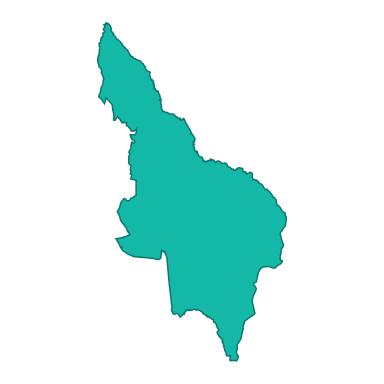 Fonseca, La Guajira, Colombia
{"feature_id": "7082276B74477010851757", "entity_name": "Fonseca", "entity_type": "district", "adm_level": 2, "iso_a3": "COL", "parent_name": "Colombia", "parent_adm1": "La Guajira", "projection": "natural_earth1", "projection_center": [-72.81, 10.843], "detail": "fine", "context": "isolated", "style": "filled", "palette": "teal", "viewbox_px": 384, "rotation_deg": 0, "n_neighbors": 0, "source": "geoboundaries", "source_scale": "gbopen_adm2", "svg_char_len": 5997}
<svg xmlns="http://www.w3.org/2000/svg" viewBox="0 0 384 384"><path d="M105.8,23.1L105.8,23.7L105.3,23.9L105.4,24.7L103.9,24.9L105.0,26.1L104.4,27.8L103.7,28.4L103.3,29.3L104.7,31.5L103.6,33.0L102.8,33.2L103.1,35.8L101.5,37.7L101.4,38.2L100.9,38.5L100.5,42.7L99.0,43.2L99.4,44.3L99.2,46.4L99.8,47.0L100.0,47.8L99.2,50.0L99.4,50.5L99.2,54.0L98.8,54.6L99.1,55.5L98.4,55.8L97.7,58.6L97.6,61.1L98.5,63.8L99.1,67.1L100.6,68.1L101.6,70.3L101.2,72.2L103.8,78.7L103.1,80.5L103.1,83.2L102.6,85.0L100.9,88.1L100.8,90.7L98.7,96.8L101.3,99.0L104.5,103.6L106.2,98.0L111.3,103.6L112.2,104.9L112.9,110.5L113.5,112.7L113.9,116.2L113.6,120.0L115.0,120.2L115.1,119.6L115.2,119.9L117.5,116.5L118.8,118.5L120.4,119.3L120.6,121.0L121.6,121.2L122.2,122.9L126.5,122.4L126.4,125.5L127.8,126.1L130.2,128.8L131.2,131.0L133.7,131.1L135.8,129.8L136.5,128.9L136.4,131.1L135.8,134.0L135.4,134.5L133.7,134.9L130.2,134.7L130.4,135.9L131.1,136.6L130.8,137.4L131.0,137.9L131.6,138.3L132.1,139.6L134.6,140.8L134.6,141.6L134.5,142.4L133.8,143.3L132.0,142.0L131.7,142.6L130.8,146.0L131.3,147.0L130.3,150.2L129.6,150.3L128.9,152.2L129.7,153.6L128.8,156.8L128.7,160.9L129.0,164.0L131.3,165.6L130.2,169.7L131.1,171.0L130.3,173.7L131.8,175.0L130.8,179.0L136.1,180.2L136.1,195.0L132.9,197.6L130.9,198.2L129.6,200.2L128.7,200.9L127.8,201.0L126.6,200.7L125.3,198.8L124.4,198.5L123.5,199.0L120.6,203.0L120.2,205.5L119.2,208.5L117.3,211.3L117.9,213.1L119.1,214.4L119.1,215.2L119.8,216.5L120.1,219.0L120.7,219.8L121.0,221.2L122.3,222.7L122.7,223.7L124.3,224.6L124.6,225.9L126.2,227.7L127.3,231.0L127.8,231.1L127.9,231.9L129.1,233.1L129.4,234.3L129.9,234.7L126.1,236.4L120.2,238.1L116.0,238.7L119.2,244.2L120.7,247.7L122.0,247.3L121.6,247.9L121.9,248.2L121.7,248.7L122.7,250.7L124.9,251.8L127.3,253.8L133.9,256.6L152.5,258.3L157.8,259.5L159.0,259.4L160.5,258.5L161.0,256.8L161.5,250.4L163.0,251.8L164.0,251.4L165.0,252.0L164.5,252.7L165.6,253.3L165.7,254.5L166.8,257.0L169.2,283.5L172.0,307.5L171.9,309.1L171.4,310.5L173.0,312.9L173.0,313.7L174.2,314.3L176.5,313.4L177.5,313.6L178.6,314.5L179.6,316.7L180.3,317.0L182.4,315.1L182.6,314.5L184.2,314.4L184.5,313.8L184.2,312.3L185.8,311.7L186.5,309.8L188.6,310.5L190.0,309.5L190.3,310.3L190.9,310.5L194.2,309.2L196.2,310.1L197.4,309.4L198.3,310.2L199.7,310.4L202.3,312.2L202.8,313.2L204.3,314.5L206.0,314.9L206.2,316.1L207.1,316.2L207.7,317.0L208.9,316.5L209.4,317.8L210.4,317.8L212.1,319.3L213.2,319.5L213.9,322.3L215.5,322.8L216.4,324.6L216.7,326.8L217.7,327.4L217.5,328.4L218.9,329.8L218.9,330.3L217.3,331.7L217.1,332.4L219.2,336.4L220.2,336.7L220.3,337.9L221.8,338.7L222.2,339.8L222.7,340.3L222.8,340.9L222.1,341.3L222.2,342.0L223.5,344.4L223.5,345.7L224.1,346.0L223.9,347.5L224.4,348.3L225.0,351.1L226.2,352.1L226.1,353.4L226.5,355.6L228.2,356.0L230.1,355.6L230.2,358.6L229.8,360.0L230.4,360.7L235.1,360.4L236.5,361.0L237.8,358.7L238.3,356.7L238.2,355.8L237.0,354.4L236.5,353.1L236.5,351.6L237.2,349.6L237.1,344.8L240.2,340.0L241.0,338.2L242.4,331.3L243.3,328.7L242.9,326.3L244.2,323.4L244.4,321.8L245.0,320.9L248.9,317.9L253.7,314.9L254.9,313.2L252.3,301.9L252.3,299.6L253.4,295.8L255.9,290.2L256.3,288.6L255.0,286.3L253.7,285.2L253.5,284.0L253.8,283.4L256.3,281.9L258.4,272.4L260.5,268.6L263.3,266.8L269.5,266.5L272.4,267.9L275.1,268.0L277.1,265.9L280.5,263.9L282.3,261.7L282.1,260.6L280.3,260.0L280.1,256.5L281.0,253.5L281.0,250.9L281.3,249.2L283.2,246.6L283.5,244.7L281.8,240.4L280.2,233.7L280.9,231.8L282.0,230.7L283.3,228.2L284.9,226.4L285.7,224.3L286.4,218.1L286.1,216.7L285.0,215.0L285.2,213.0L282.9,211.7L282.1,210.9L279.9,207.1L277.1,204.6L276.6,203.5L276.2,200.1L274.3,197.5L272.6,197.0L272.3,195.3L270.4,192.7L267.0,189.3L264.9,189.5L262.6,185.4L260.8,183.8L259.0,183.3L258.9,182.4L258.3,181.6L256.4,180.1L255.2,180.3L254.6,179.7L253.2,179.5L252.0,176.7L252.5,174.4L251.4,172.5L249.9,172.3L248.6,173.3L247.1,173.4L246.5,174.0L245.8,173.2L246.1,172.6L245.0,171.5L243.5,171.8L242.9,171.6L242.7,168.6L239.9,167.9L238.1,167.8L237.3,169.3L236.3,169.0L235.6,170.2L235.0,170.5L233.7,170.2L233.5,169.3L232.1,169.7L232.1,169.1L230.6,168.1L230.3,167.5L228.7,167.2L227.2,165.4L227.1,164.4L226.1,163.6L224.9,163.0L224.0,163.4L221.6,163.2L219.4,161.2L217.1,161.1L215.8,162.4L215.1,162.4L214.8,162.1L214.7,161.4L214.0,160.9L213.8,160.2L212.9,159.9L211.7,160.3L211.7,159.6L210.8,159.0L210.2,159.2L210.5,160.3L209.2,160.7L208.2,160.5L206.2,161.8L205.5,161.2L204.2,161.8L203.5,161.2L203.7,160.8L203.0,160.7L203.4,160.0L202.4,158.4L202.2,157.3L199.1,156.4L197.6,153.6L197.5,152.4L196.6,152.3L197.0,151.4L196.3,151.0L195.3,151.3L194.5,149.9L194.6,149.4L194.4,149.0L194.6,148.9L194.1,148.1L194.4,147.3L193.2,145.9L193.9,145.0L193.6,145.1L193.7,144.5L193.2,144.1L193.8,142.9L193.3,142.6L193.5,142.1L193.8,142.3L194.2,141.9L194.2,141.1L194.6,141.0L194.1,140.1L195.0,139.4L194.9,138.5L192.2,134.1L191.1,133.6L191.3,132.5L185.3,121.8L184.0,118.7L183.4,118.5L182.7,119.8L181.9,119.4L180.4,120.2L180.0,119.4L180.2,118.4L179.8,118.1L177.7,118.2L177.1,117.1L175.5,116.2L173.6,114.1L169.7,114.0L166.9,112.3L165.8,112.6L164.2,111.5L162.8,111.6L162.4,110.1L161.4,108.4L161.5,106.5L160.7,102.6L161.1,101.0L159.7,100.0L160.8,99.5L160.9,98.6L160.0,97.4L159.7,95.0L158.7,93.6L158.6,92.8L158.2,92.5L158.3,91.4L156.9,91.2L156.7,90.5L155.8,90.2L154.3,88.5L154.8,88.2L153.8,87.3L154.4,86.6L154.3,85.0L153.9,84.4L153.9,83.5L153.0,83.5L153.6,81.5L152.2,79.9L151.7,80.4L151.5,79.9L151.7,79.4L150.5,78.4L150.1,76.2L149.6,75.6L149.6,74.3L150.1,73.0L150.0,72.3L149.3,71.7L147.6,71.2L146.2,70.0L145.8,69.3L145.4,67.0L144.5,66.2L142.9,63.5L141.7,63.1L140.8,61.3L139.8,60.6L137.3,60.2L135.1,58.5L134.6,58.7L133.6,58.2L133.0,57.7L132.8,56.9L132.1,57.0L132.0,56.5L130.9,56.6L130.7,55.6L129.7,54.7L129.5,53.5L128.6,52.7L127.9,50.6L126.0,49.0L124.4,46.9L122.5,45.5L122.2,44.1L120.4,41.9L118.2,40.2L118.1,39.6L116.7,39.1L115.8,38.0L115.7,37.1L113.7,35.0L113.6,34.2L113.0,34.1L113.4,33.5L111.0,30.7L111.3,28.2L110.8,27.8L110.6,26.3L108.4,23.7L107.3,24.0L107.0,23.0L105.8,23.1Z" fill="#14b8a6" stroke="#0f766e" stroke-width="1.5"/></svg>